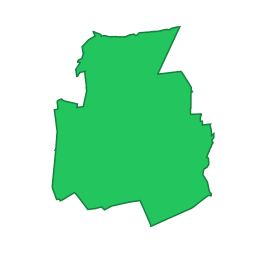 the district of Topraisar, Constanta, Romania, rotated 351°
{"feature_id": "2599482B45619773184208", "entity_name": "Topraisar", "entity_type": "district", "adm_level": 2, "iso_a3": "ROU", "parent_name": "Romania", "parent_adm1": "Constanta", "projection": "natural_earth1", "projection_center": [28.487, 44.028], "detail": "fine", "context": "isolated", "style": "filled", "palette": "green", "viewbox_px": 256, "rotation_deg": 351, "n_neighbors": 0, "source": "geoboundaries", "source_scale": "gbopen_adm2", "svg_char_len": 5313}
<svg xmlns="http://www.w3.org/2000/svg" viewBox="0 0 256 256"><g transform="rotate(351 128 128)"><path d="M62.7,90.2L62.4,90.4L62.3,90.6L62.2,91.0L62.1,91.3L61.9,97.3L61.8,97.7L61.7,98.0L61.4,98.3L61.1,98.4L60.9,98.5L60.6,98.5L60.3,98.5L58.1,98.4L58.0,103.8L58.0,104.0L57.6,115.7L57.6,115.8L57.5,120.6L56.7,123.4L56.3,125.3L56.2,125.8L54.5,133.0L53.3,138.0L52.5,138.5L53.1,138.9L50.2,150.3L50.1,150.7L48.3,157.4L44.6,171.8L44.4,172.4L44.4,172.5L44.2,173.2L44.0,174.9L44.1,176.2L44.5,178.4L45.3,182.1L46.3,187.4L49.1,187.5L49.2,187.8L49.5,188.8L49.6,189.1L49.7,189.3L49.9,189.2L50.2,189.1L50.5,189.1L51.2,189.0L53.5,188.2L54.8,187.6L56.1,187.0L62.0,184.7L63.4,184.1L64.1,183.8L64.6,183.6L65.0,183.6L65.4,183.6L65.5,183.7L65.5,183.8L66.9,186.2L67.1,186.3L75.6,202.2L82.9,202.5L88.5,201.9L89.0,201.5L90.9,203.6L91.3,204.2L91.8,205.2L99.1,202.7L100.1,202.5L101.6,202.4L115.9,201.5L116.0,201.5L116.3,201.4L125.4,201.5L128.4,201.5L128.6,201.9L131.0,210.6L135.1,226.4L135.0,227.0L135.0,227.3L135.1,227.8L135.1,228.6L135.9,228.5L136.8,228.3L139.4,227.6L144.7,226.2L146.3,225.7L152.6,224.0L158.5,222.4L160.9,221.8L165.4,220.6L170.5,219.2L174.2,218.2L177.6,217.3L178.4,217.1L178.8,216.9L179.1,216.8L179.5,216.6L181.2,215.7L182.4,215.0L185.8,213.1L188.3,211.7L189.8,210.9L190.6,210.4L195.4,207.9L195.8,207.7L196.3,207.4L196.6,207.3L196.9,207.2L197.2,207.2L197.6,207.3L198.2,207.5L199.2,207.9L199.5,208.0L199.6,207.6L199.6,207.4L199.8,206.7L200.0,206.0L200.0,205.9L199.9,205.8L199.1,204.6L198.6,203.8L198.5,203.7L198.4,201.7L198.3,200.4L198.1,195.9L197.9,193.6L196.9,191.2L194.6,185.6L194.6,185.4L196.4,180.8L196.5,180.6L196.8,180.4L199.5,179.3L199.8,179.2L202.2,176.5L202.7,170.5L201.7,169.2L201.1,168.9L201.7,168.0L202.4,167.0L202.6,166.6L203.2,165.7L203.5,165.2L203.7,164.9L203.9,164.5L204.1,164.3L204.4,163.8L204.7,163.3L204.9,163.0L205.0,162.8L205.0,162.5L205.1,162.3L205.1,162.2L205.2,161.9L205.3,161.8L205.5,161.5L205.7,161.3L205.9,161.1L206.1,160.8L206.4,160.5L206.7,160.1L206.9,159.8L207.2,159.4L207.4,159.2L207.5,158.7L207.6,158.4L207.9,158.0L208.5,157.4L208.8,156.9L209.0,156.6L209.2,156.3L209.6,155.9L209.8,155.7L210.3,155.5L209.7,155.5L209.3,155.2L209.0,154.5L208.9,154.0L209.0,153.2L209.1,152.8L209.7,152.3L210.6,151.6L211.1,150.9L211.3,150.7L211.4,150.3L211.3,149.8L211.6,149.1L211.6,148.8L211.6,148.2L211.9,147.1L212.0,146.8L211.9,146.8L211.7,146.9L211.6,147.1L211.1,147.5L210.6,147.9L209.9,148.3L209.3,148.6L209.4,148.2L209.6,147.8L209.6,147.6L209.6,147.4L209.6,147.1L209.5,146.9L209.5,146.5L209.5,146.3L209.8,145.2L209.8,142.0L209.7,141.7L209.5,138.5L209.6,138.2L210.2,137.1L207.3,136.9L205.6,136.9L203.7,136.8L202.4,136.8L202.0,136.7L202.5,132.9L200.7,132.8L200.8,131.4L200.9,129.6L201.7,127.5L202.4,126.9L202.6,126.2L202.6,125.9L202.2,126.0L202.0,125.5L191.9,124.3L192.7,118.8L192.8,118.5L193.1,118.5L193.4,117.0L195.8,102.5L196.3,102.5L197.1,102.4L197.3,102.4L196.4,100.1L196.6,99.1L196.8,97.6L196.5,96.9L196.0,95.7L194.1,91.3L193.0,88.7L192.6,87.9L191.5,85.1L189.7,81.1L189.1,80.4L188.9,80.4L187.4,80.3L177.1,79.9L176.9,79.9L165.9,79.5L167.6,76.7L168.9,74.8L173.2,68.4L174.1,67.2L174.3,66.7L175.3,65.3L177.3,62.3L178.2,61.1L178.9,59.9L179.3,59.3L180.0,58.4L180.9,57.0L181.2,56.5L181.5,56.2L182.1,55.2L182.9,54.0L185.0,50.9L185.5,50.2L186.4,48.7L186.9,48.1L187.4,47.4L189.0,44.9L190.4,42.9L191.3,41.5L192.0,40.5L193.1,38.9L194.9,36.3L195.0,36.1L194.6,36.1L194.0,36.1L193.0,35.9L189.4,36.1L187.2,36.3L186.8,36.3L186.3,36.5L184.2,37.5L183.6,37.4L181.5,36.6L181.2,36.7L178.0,36.8L176.2,36.9L175.4,37.0L173.5,37.2L171.2,37.1L170.7,36.9L169.6,36.8L169.3,36.9L168.9,36.8L168.2,36.6L167.0,36.6L166.4,36.5L166.0,36.5L165.3,36.6L164.8,36.6L163.9,36.5L163.7,36.5L163.3,36.6L163.1,36.6L162.4,36.5L160.7,36.2L159.3,36.2L158.4,36.1L154.8,35.8L154.1,35.8L153.5,35.9L153.3,36.0L152.9,36.4L152.3,36.9L151.8,37.3L151.3,37.6L151.0,37.8L150.5,37.8L149.8,37.8L149.6,37.7L149.5,37.3L149.2,36.9L148.9,36.5L148.7,36.3L148.5,36.2L147.2,36.2L144.6,36.2L144.2,36.3L143.7,36.4L143.1,36.7L142.0,36.9L141.2,37.1L140.6,37.3L140.1,37.5L139.8,37.5L139.2,37.5L138.3,37.4L136.9,37.2L135.7,37.0L133.3,36.6L132.2,36.4L131.8,36.3L131.4,36.1L131.0,35.9L129.9,35.8L129.2,35.8L128.6,35.7L127.9,35.5L127.0,35.3L126.5,35.3L125.6,35.2L124.9,35.1L124.2,35.0L123.5,34.8L122.6,34.5L121.7,34.1L120.6,33.6L120.3,33.3L119.9,33.2L119.4,33.1L117.4,33.1L116.2,33.2L116.2,32.9L116.2,32.4L115.7,31.5L113.7,30.2L111.3,28.9L110.5,28.3L109.5,27.7L108.7,27.3L108.6,27.5L109.9,31.9L108.7,32.5L108.3,32.6L108.0,32.7L103.1,34.7L102.6,35.0L102.2,35.2L101.4,35.9L98.1,38.5L95.4,40.6L95.4,46.7L95.9,47.0L94.8,49.0L93.4,52.0L93.1,52.2L92.4,52.4L91.3,52.7L90.2,52.9L89.9,53.1L89.6,53.2L89.4,53.4L89.2,53.7L89.1,54.1L88.6,54.6L88.6,55.3L89.8,55.4L90.2,55.5L90.4,55.5L91.0,56.0L90.9,56.3L90.6,56.4L90.5,56.5L89.9,57.2L89.5,57.6L88.6,58.6L87.5,59.8L86.8,60.7L85.9,61.6L85.5,62.1L85.4,62.2L85.4,62.3L85.5,62.4L85.6,62.7L85.7,62.8L85.4,68.9L86.3,68.9L88.9,65.8L89.1,65.7L94.0,65.3L94.5,65.3L94.4,65.5L94.2,65.8L94.1,66.1L93.7,71.5L93.8,72.0L93.7,72.0L93.5,79.5L93.4,79.8L93.3,81.4L93.1,81.4L93.0,81.5L93.0,85.0L91.4,89.0L89.6,93.6L88.2,97.3L87.2,99.9L80.8,99.7L81.2,98.7L81.4,98.1L81.6,96.3L81.3,96.2L69.3,91.3L68.7,91.0L68.6,90.9L67.7,89.9L66.8,88.9L66.5,89.0L65.8,89.2L63.5,89.9L63.2,90.0L62.9,90.2L62.7,90.2Z" fill="#22c55e" stroke="#15803d" stroke-width="1.5"/></g></svg>